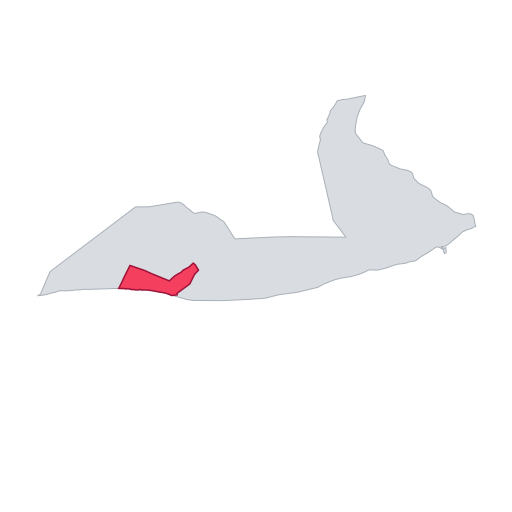 Shabeellaha Hoose on a map of Somalia (Equal Earth projection), rotated 53°
{"feature_id": "SOM-2316", "entity_name": "Shabeellaha Hoose", "entity_type": "Region", "adm_level": 1, "iso_a3": "SOM", "parent_name": "Somalia", "parent_adm1": "", "projection": "equal_earth", "projection_center": [44.342, 1.971], "detail": "fine", "context": "in_parent", "style": "filled", "palette": "rose", "viewbox_px": 512, "rotation_deg": 53, "n_neighbors": 0, "source": "natural_earth", "source_scale": "10m", "svg_char_len": 3155}
<svg xmlns="http://www.w3.org/2000/svg" viewBox="0 0 512 512"><g transform="rotate(53 256 256)"><path d="M156.6,451.5L156.3,450.3L154.2,446.8L150.4,440.1L147.5,435.1L144.6,430.0L144.5,425.8L144.5,413.6L144.4,389.1L144.4,364.7L144.3,340.2L144.3,328.0L144.3,323.0L144.6,322.2L148.0,317.7L152.4,311.8L158.3,300.5L161.5,294.4L164.1,289.3L164.8,287.7L167.1,284.6L171.5,282.8L174.3,282.5L183.7,280.1L185.1,279.2L185.9,278.1L186.7,275.7L188.5,272.3L190.9,269.9L195.3,266.9L199.7,264.2L200.7,263.8L206.0,262.2L207.3,261.6L209.4,261.1L210.3,261.0L217.6,261.6L223.4,262.1L229.3,262.5L229.9,262.2L234.0,256.1L240.6,246.4L244.8,240.3L251.3,230.7L256.2,223.9L261.7,216.3L267.1,209.3L273.5,201.0L277.5,195.7L283.8,187.5L289.8,179.8L295.0,172.9L287.7,172.9L280.6,172.9L273.6,172.9L272.3,172.1L266.4,169.4L258.9,166.0L249.6,161.9L243.0,158.9L236.0,155.8L228.8,152.6L223.2,150.1L216.3,147.0L210.2,144.4L209.4,143.7L206.0,139.6L201.6,134.2L200.7,134.1L198.6,133.0L196.7,130.1L194.8,126.4L193.0,121.8L192.2,118.6L189.8,117.3L188.6,114.8L186.5,111.1L184.9,109.3L184.4,107.7L183.7,104.5L182.5,101.0L181.3,98.8L181.0,97.9L181.1,97.2L183.3,92.5L184.3,90.8L185.4,89.1L186.4,87.5L186.7,86.4L189.4,80.8L191.8,75.8L193.6,72.0L197.8,76.4L201.8,85.3L206.6,92.6L213.1,99.3L215.7,101.5L218.0,102.7L229.9,102.6L238.3,96.4L246.0,92.0L248.5,91.1L253.0,92.3L257.9,92.7L262.3,94.0L264.5,93.7L273.2,88.5L278.7,83.5L282.4,81.4L283.9,81.3L289.0,83.1L295.6,82.4L304.5,78.0L307.3,77.1L309.5,77.1L314.4,79.0L315.2,78.9L317.8,78.6L324.8,76.5L330.2,73.4L340.1,71.1L347.7,65.5L349.0,62.7L351.3,59.2L354.6,58.1L363.1,62.2L364.5,62.5L364.0,65.0L363.7,67.5L362.0,71.8L361.0,76.7L361.8,84.2L362.3,96.2L362.1,98.0L361.6,99.7L361.4,101.1L360.4,101.5L360.0,102.3L360.7,102.6L363.4,101.3L363.3,99.9L363.5,99.2L365.7,100.8L367.3,101.5L367.7,103.0L367.6,104.0L365.1,103.5L363.8,102.7L360.1,104.0L357.9,105.5L357.2,107.8L356.8,117.3L355.9,123.5L355.8,131.6L352.9,137.0L351.9,140.8L347.5,148.4L345.2,154.9L344.4,158.1L340.6,167.1L335.2,173.9L333.3,182.7L331.4,188.1L329.3,193.1L324.5,202.0L322.1,208.2L319.1,218.9L318.2,225.6L309.6,245.3L300.7,261.0L295.2,274.2L285.2,289.5L271.7,309.3L253.8,332.8L249.0,337.6L229.5,352.1L216.8,364.3L210.4,372.6L203.6,379.8L198.2,386.6L181.9,409.8L180.2,412.0L178.6,414.0L176.6,417.9L175.2,419.5L171.3,426.1L168.9,429.5L166.1,432.9L165.0,435.3L164.2,438.1L163.3,439.6L160.8,446.2L158.6,450.5L156.5,453.9L156.6,451.5Z" fill="#d9dde1" stroke="#a8b0b8" stroke-width="1"/><path d="M236.9,347.0L236.2,347.6L235.7,347.7L235.5,347.8L231.2,350.5L227.6,353.9L227.4,354.2L227.2,354.3L224.2,357.1L221.5,359.4L216.8,364.3L214.4,367.7L213.9,367.9L213.1,368.7L212.8,369.0L212.7,369.2L212.7,369.5L212.6,370.1L212.1,370.4L212.0,370.5L211.9,370.8L210.4,372.8L209.9,373.2L209.5,373.4L209.2,373.7L208.2,375.4L205.8,377.1L205.0,377.9L203.9,379.9L203.6,380.1L203.3,380.3L202.3,381.3L199.3,385.2L195.7,378.0L193.9,374.8L187.7,362.3L195.0,357.4L200.6,353.6L207.1,350.1L223.7,340.2L223.0,332.7L223.9,324.9L223.4,323.1L224.5,316.2L223.9,310.4L226.5,309.8L232.7,310.4L233.8,316.4L238.5,325.7L238.3,341.4L239.6,342.3L236.9,347.0L236.9,347.0Z" fill="#f43f5e" stroke="#9f1239" stroke-width="1.5"/></g></svg>